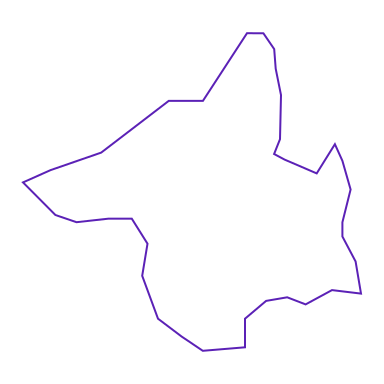 an SVG outline of Mališevo
{"feature_id": "KOS-5911", "entity_name": "Mališevo", "entity_type": "District", "adm_level": 1, "iso_a3": "XKX", "parent_name": "Kosovo", "parent_adm1": "", "projection": "orthographic", "projection_center": [20.745, 42.495], "detail": "fine", "context": "isolated", "style": "outline", "palette": "violet", "viewbox_px": 384, "rotation_deg": 0, "n_neighbors": 0, "source": "natural_earth", "source_scale": "10m", "svg_char_len": 561}
<svg xmlns="http://www.w3.org/2000/svg" viewBox="0 0 384 384"><path d="M247.0,33.2L263.4,33.3L274.2,49.1L275.7,68.7L281.0,95.1L280.0,139.2L274.1,154.0L284.6,159.6L316.7,173.4L334.9,144.2L342.4,160.8L350.6,189.5L342.4,222.3L342.4,236.5L355.6,261.5L361.0,293.6L332.0,290.1L305.6,304.4L287.2,297.3L266.1,300.9L245.0,318.7L245.0,347.3L202.8,350.8L181.7,336.6L158.0,318.7L142.2,275.8L147.5,243.7L131.8,218.7L108.1,218.7L76.5,222.2L55.4,215.0L23.0,182.4L50.6,170.1L101.2,152.6L168.7,100.9L202.9,100.9L247.0,33.2Z" fill="none" stroke="#5b21b6" stroke-width="2"/></svg>